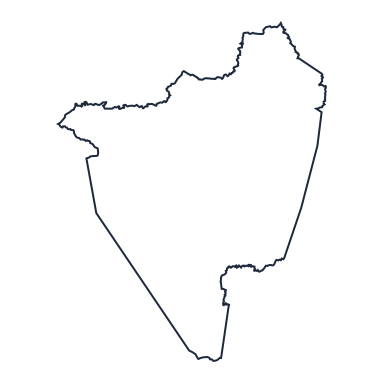 Las Minas, Herrera, Panama
{"feature_id": "35544464B70726679944443", "entity_name": "Las Minas", "entity_type": "district", "adm_level": 2, "iso_a3": "PAN", "parent_name": "Panama", "parent_adm1": "Herrera", "projection": "orthographic", "projection_center": [-80.794, 7.719], "detail": "fine", "context": "isolated", "style": "outline", "palette": "slate", "viewbox_px": 384, "rotation_deg": 0, "n_neighbors": 0, "source": "geoboundaries", "source_scale": "gbopen_adm2", "svg_char_len": 5822}
<svg xmlns="http://www.w3.org/2000/svg" viewBox="0 0 384 384"><path d="M280.8,23.0L279.8,24.6L276.9,27.3L274.9,26.7L271.3,27.4L270.1,26.2L265.9,27.2L263.3,30.0L263.7,32.7L262.8,34.0L260.7,33.9L259.8,34.1L258.3,33.8L257.5,33.9L255.8,33.5L254.5,33.6L253.0,32.8L250.9,33.7L249.7,33.9L249.0,33.5L248.4,32.7L247.8,32.6L244.3,32.9L243.6,33.3L243.2,34.5L243.3,36.4L242.5,37.7L242.8,39.0L242.5,40.8L242.6,41.8L240.4,43.6L241.0,43.9L242.4,43.4L242.9,43.7L241.9,45.7L242.0,47.4L239.0,48.0L238.5,48.3L238.2,48.8L238.3,49.1L239.2,50.2L240.0,50.8L240.3,52.6L239.9,53.3L240.2,54.9L238.4,55.3L237.9,55.7L237.8,56.6L238.3,57.5L238.4,58.1L237.3,58.9L236.8,60.0L237.8,61.4L238.2,62.6L238.3,63.7L237.8,64.7L238.2,65.6L237.7,66.1L235.6,66.6L235.2,67.0L233.8,67.4L233.6,68.3L234.8,70.8L234.3,71.4L233.2,71.5L232.7,72.8L231.6,73.0L230.9,74.2L229.5,73.6L228.5,75.6L227.5,76.2L226.0,74.6L225.4,74.5L224.4,75.0L223.9,75.5L223.7,76.4L222.9,78.1L222.1,78.9L220.8,77.7L217.6,77.1L216.9,77.4L215.5,78.9L215.1,78.7L214.6,79.0L212.4,78.7L210.9,78.8L209.7,78.4L207.7,78.5L206.6,78.1L203.8,78.7L203.1,79.5L202.6,79.6L201.2,79.8L200.6,79.4L199.7,79.5L199.2,79.2L198.7,79.3L198.4,78.4L197.7,78.2L197.4,77.6L196.9,77.5L196.5,76.9L195.7,76.7L195.3,76.3L194.6,76.1L193.2,74.9L192.1,74.7L190.5,75.3L189.7,74.5L188.3,74.0L185.8,72.3L185.2,72.1L184.1,71.2L183.6,71.2L182.9,71.6L182.5,72.1L181.8,73.8L181.7,74.8L177.7,78.6L174.8,83.3L173.6,83.9L171.5,83.8L170.9,85.7L167.8,87.0L167.3,88.5L166.5,88.7L166.8,90.5L168.6,91.7L169.3,93.0L169.0,94.3L170.2,95.3L169.2,96.0L169.2,96.5L168.5,98.0L167.4,98.3L167.3,100.3L166.1,101.9L165.4,102.1L165.1,101.4L164.2,101.1L162.2,102.7L160.8,102.4L159.3,102.7L158.5,103.3L156.7,103.9L156.4,105.5L156.1,105.8L152.3,104.0L151.1,103.9L149.8,104.2L148.1,103.9L147.3,104.5L147.7,105.8L147.5,106.5L145.6,106.3L143.2,108.3L142.7,108.1L142.0,106.2L141.2,106.2L139.8,107.1L139.3,107.1L136.7,104.9L134.3,106.2L132.7,105.7L130.0,105.8L127.6,106.4L126.8,106.2L125.8,105.0L125.1,104.8L123.7,105.2L123.3,105.6L124.2,107.1L124.1,107.8L122.4,107.9L120.6,108.8L119.3,108.9L119.0,108.7L118.9,108.3L119.4,107.0L119.2,106.5L118.8,106.3L117.8,106.6L116.5,107.5L114.8,107.0L112.0,108.7L104.7,108.6L104.1,107.2L103.0,105.8L103.2,105.5L104.5,105.2L106.0,103.2L106.2,102.3L105.9,102.0L104.5,102.5L102.8,102.4L102.0,103.3L99.4,105.0L98.4,104.9L95.4,103.8L94.7,104.0L94.2,104.9L93.7,105.1L90.8,104.0L87.6,104.7L86.5,102.3L85.9,101.9L85.0,101.9L84.4,102.3L85.3,104.1L85.2,105.2L85.0,105.3L83.3,103.8L82.0,103.7L81.7,104.2L82.1,106.1L81.6,106.6L79.9,105.7L77.8,105.8L77.3,105.5L76.6,103.9L75.7,103.7L75.3,104.2L75.4,106.5L74.2,108.2L73.9,109.5L72.3,110.1L69.8,112.1L65.6,114.6L65.1,115.3L64.9,117.2L64.1,118.3L60.3,122.7L58.1,124.0L59.2,124.5L60.6,126.7L61.7,127.1L62.2,127.6L62.6,127.5L63.2,126.3L64.9,126.3L65.9,127.4L67.0,127.7L67.8,128.9L69.8,129.4L70.4,129.1L71.3,130.0L73.4,130.2L73.9,130.9L74.0,133.0L75.7,136.1L76.7,137.4L79.1,138.0L80.8,139.6L82.3,139.3L83.6,139.8L84.4,139.6L85.5,140.8L86.0,140.6L86.5,140.8L87.3,140.3L88.2,140.9L89.8,141.2L90.0,141.7L90.0,142.5L90.2,143.0L91.9,143.7L93.1,144.6L94.1,146.3L95.2,147.4L97.1,148.0L97.7,148.6L98.2,152.5L97.8,155.0L97.4,155.6L96.9,155.9L93.4,156.0L90.5,156.4L89.9,156.7L89.4,157.4L86.4,158.4L96.3,213.1L189.2,350.6L192.3,352.1L195.6,354.3L196.7,356.6L198.0,358.6L198.5,359.0L199.8,358.3L202.6,357.4L207.2,357.0L208.3,357.3L209.4,357.9L210.0,359.3L211.7,359.3L212.4,359.8L212.7,360.5L214.0,361.0L217.2,360.1L219.9,357.8L221.1,358.0L228.7,305.9L229.1,304.9L228.5,304.4L227.3,304.3L227.0,304.5L226.4,303.6L225.7,303.2L225.4,303.5L225.3,304.4L224.4,304.3L223.8,305.2L223.2,304.9L223.2,302.9L224.0,301.2L223.6,300.4L223.5,299.4L224.3,298.0L224.4,296.8L225.5,295.6L225.4,295.1L224.7,294.7L225.7,293.4L225.0,291.6L225.8,290.9L226.0,290.2L225.6,289.9L224.2,289.5L223.5,288.9L221.7,288.9L221.0,283.4L220.6,281.5L220.9,280.6L221.0,277.7L221.6,276.0L222.8,275.0L224.0,274.8L225.8,273.3L226.2,272.4L225.8,270.9L226.8,270.4L227.0,268.4L228.1,267.8L228.4,266.7L229.2,266.3L229.6,266.5L230.0,267.3L231.1,267.6L231.5,267.0L232.1,266.8L232.6,266.2L233.1,266.2L234.5,266.7L236.0,265.5L236.2,265.9L236.0,267.2L236.6,267.7L238.0,267.1L238.3,265.7L238.9,265.4L239.2,265.6L239.6,266.3L240.2,266.6L241.1,267.5L241.7,266.3L242.6,266.1L243.0,265.6L243.9,265.7L244.4,266.3L245.0,265.8L245.8,266.1L246.9,265.6L248.7,266.3L249.0,266.0L248.5,265.1L248.6,264.8L249.8,265.1L250.7,264.9L251.0,265.1L251.0,266.4L251.2,266.8L252.7,266.2L254.5,266.6L254.4,267.9L255.0,268.8L254.1,270.3L254.2,270.7L254.7,270.8L255.6,270.3L256.8,270.9L257.8,270.0L258.8,271.5L259.5,271.7L261.4,270.6L262.5,270.4L262.7,269.9L263.8,268.8L265.9,265.7L267.3,266.0L268.2,265.4L270.6,264.9L272.1,265.4L273.3,265.3L274.1,264.5L275.5,261.3L276.3,260.0L276.9,259.9L278.4,260.4L279.7,259.6L280.9,260.2L281.7,258.6L283.3,259.2L284.2,258.1L301.1,208.2L317.4,145.8L321.6,112.2L316.3,108.7L318.5,108.3L319.6,107.6L322.2,107.2L322.5,105.8L323.6,105.3L323.8,104.4L324.4,104.2L323.7,103.5L323.6,101.7L325.2,100.8L324.8,99.6L325.2,98.8L325.0,97.1L325.4,94.8L324.9,93.6L325.5,92.6L325.7,91.3L325.0,89.2L325.7,88.1L325.9,86.5L325.5,86.0L324.5,86.5L323.9,86.4L323.4,85.8L322.3,85.0L320.7,84.8L319.4,85.2L319.2,84.8L319.6,84.1L320.8,83.4L321.0,82.5L322.2,81.2L321.8,78.5L323.0,77.6L322.9,77.2L321.5,76.0L322.3,75.2L322.4,74.6L321.6,73.6L299.2,58.6L298.7,58.2L297.9,58.4L297.5,58.3L297.9,57.5L297.9,56.9L298.9,55.2L298.4,53.6L298.2,53.4L297.5,53.6L296.9,52.3L295.6,51.9L295.7,51.1L295.0,49.9L294.6,48.7L294.9,46.7L293.7,46.4L292.4,45.3L291.2,43.8L290.2,43.1L290.9,41.7L289.6,38.9L289.3,38.6L288.2,38.5L287.7,37.9L289.0,36.9L288.1,35.6L288.0,34.9L287.2,34.5L285.8,33.2L283.7,32.9L283.3,32.6L283.4,31.5L285.1,30.4L285.4,29.8L285.2,29.5L284.2,29.5L283.7,29.2L283.4,28.8L283.3,27.1L282.2,26.8L281.8,26.5L281.4,24.3L280.8,23.0Z" fill="none" stroke="#1e293b" stroke-width="2"/></svg>